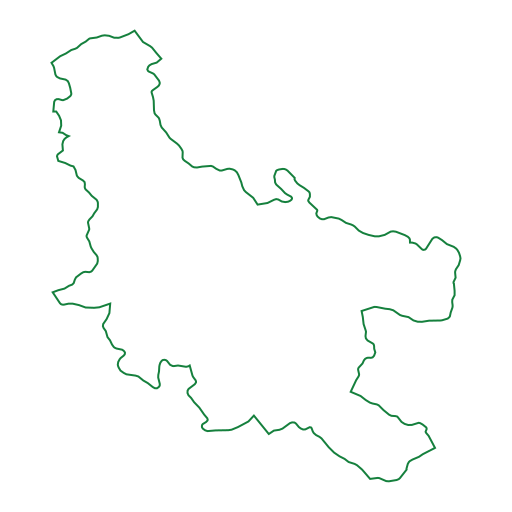 an SVG outline of Nišavski
{"feature_id": "SRB-830", "entity_name": "Nišavski", "entity_type": "District", "adm_level": 1, "iso_a3": "SRB", "parent_name": "Republic of Serbia", "parent_adm1": "", "projection": "equal_earth", "projection_center": [21.87, 43.429], "detail": "fine", "context": "isolated", "style": "outline", "palette": "green", "viewbox_px": 512, "rotation_deg": 0, "n_neighbors": 0, "source": "natural_earth", "source_scale": "10m", "svg_char_len": 5955}
<svg xmlns="http://www.w3.org/2000/svg" viewBox="0 0 512 512"><path d="M63.7,304.7L62.2,304.6L60.9,304.1L59.9,303.1L52.7,292.3L58.3,290.2L64.5,288.6L69.0,285.8L72.2,284.6L73.7,283.1L74.9,279.5L76.1,277.3L81.1,273.5L83.3,272.2L85.3,271.8L89.3,272.2L91.1,271.6L92.2,270.7L97.2,263.6L97.8,261.0L97.7,258.2L97.5,256.9L96.5,255.1L93.8,252.0L91.5,248.3L90.7,246.5L89.3,241.4L87.1,237.8L86.6,236.7L86.6,235.5L89.2,229.6L89.2,228.4L88.0,222.6L88.2,221.4L89.4,219.5L92.5,216.3L94.2,213.3L97.2,209.3L97.9,207.0L97.9,202.9L97.6,201.6L96.6,199.8L91.7,195.8L89.0,192.5L85.6,189.4L85.0,188.3L84.7,187.1L84.9,184.2L84.6,182.1L83.0,180.5L78.7,177.9L77.3,176.3L76.8,175.4L75.5,170.0L73.5,166.4L70.5,165.6L65.2,163.0L58.3,160.9L57.0,156.3L57.3,155.2L57.9,154.3L62.9,150.5L62.4,144.3L63.2,141.0L64.6,138.9L66.4,137.4L68.7,136.1L66.1,135.1L62.6,132.8L59.0,132.3L61.2,125.7L61.0,120.4L59.1,115.8L56.2,111.5L53.3,111.5L54.2,101.8L55.0,100.2L56.6,99.2L58.6,99.1L62.1,100.1L63.4,100.1L67.1,98.6L70.3,96.1L71.2,94.6L71.3,93.4L70.2,87.8L68.9,83.3L67.8,81.1L65.6,79.6L59.9,78.4L57.2,77.0L56.4,76.3L55.4,74.5L54.1,67.9L53.5,66.2L51.5,62.8L60.2,56.2L65.9,53.5L71.3,50.0L75.1,48.8L77.0,47.9L81.2,44.1L85.7,41.6L89.1,38.8L90.0,38.4L96.8,37.5L101.9,35.7L104.7,35.3L109.1,35.8L114.1,37.7L118.5,37.8L119.9,37.5L128.5,34.2L134.6,30.7L143.0,42.0L150.2,46.2L152.1,47.7L156.2,52.8L161.3,58.7L156.7,62.6L151.6,64.1L149.4,65.4L148.2,66.8L147.3,69.4L148.0,70.9L148.7,71.5L152.9,73.4L154.2,74.3L159.0,80.6L159.7,82.5L159.7,83.7L158.9,85.5L157.4,86.9L152.9,90.1L152.0,90.9L151.6,91.7L151.6,92.5L153.0,97.1L153.7,100.7L154.0,110.3L154.6,113.3L155.4,114.5L158.6,117.7L159.1,118.6L159.8,120.8L160.5,124.9L161.7,127.5L166.2,132.5L169.5,137.7L170.6,138.8L177.0,143.6L179.0,145.5L181.3,148.7L182.5,150.9L182.7,152.2L182.5,157.7L183.2,159.4L184.7,160.8L188.7,163.5L192.2,166.5L194.1,167.3L197.0,167.5L202.1,166.6L211.0,165.9L212.9,166.5L216.2,168.8L219.7,170.5L221.9,170.5L227.3,168.9L229.5,168.7L232.7,169.4L234.7,170.3L236.9,172.3L238.4,175.1L241.3,182.4L242.3,186.3L244.1,190.2L245.9,192.1L253.2,197.8L257.6,204.6L267.5,203.0L274.0,199.8L276.2,199.1L278.3,199.5L281.8,201.5L285.3,202.1L288.1,201.7L289.9,200.9L291.4,199.8L292.0,198.7L292.0,198.0L291.2,196.7L287.2,194.6L285.0,193.1L281.3,189.1L276.5,184.8L275.9,184.0L275.1,182.4L274.9,179.6L274.3,177.2L274.3,176.0L276.2,170.8L277.2,170.1L279.0,169.5L282.7,168.9L284.3,169.0L285.8,169.5L287.5,170.6L294.7,177.9L294.5,179.2L295.1,180.6L297.3,183.4L299.6,185.2L304.0,187.9L308.6,191.4L309.5,192.4L309.9,194.0L309.9,196.8L308.4,199.7L308.2,200.8L309.3,202.5L317.1,209.8L317.3,210.7L316.3,213.4L316.7,215.2L317.6,216.6L319.9,218.5L321.9,219.2L324.1,219.2L328.5,217.5L331.3,217.1L338.8,218.6L341.6,220.0L346.0,222.9L351.1,224.5L352.9,225.3L354.7,226.5L358.8,230.6L363.0,233.0L368.6,234.9L374.7,236.3L379.0,236.3L384.7,234.9L390.7,231.6L393.1,231.3L395.9,231.7L404.8,235.1L407.9,236.8L409.4,238.3L409.9,239.5L410.0,242.6L412.2,242.6L415.5,243.5L416.9,244.4L422.0,249.3L423.2,249.9L425.0,249.6L426.0,248.8L432.3,238.9L433.8,237.7L434.8,237.3L436.8,237.2L438.2,237.7L442.0,240.1L446.9,244.1L453.7,246.8L456.2,248.6L457.4,250.0L459.0,252.8L460.1,256.2L460.5,258.4L460.1,260.5L458.7,265.1L455.9,269.3L455.2,271.3L455.1,272.6L455.6,277.7L453.5,282.1L453.6,283.3L453.9,283.6L454.6,290.9L454.6,295.2L452.3,299.7L452.2,302.1L452.6,305.2L452.6,306.5L452.4,307.7L450.7,312.5L449.9,316.3L449.3,317.2L447.7,318.6L442.0,320.3L440.3,320.5L429.0,320.7L422.0,321.8L417.6,321.7L413.4,320.4L408.5,317.1L402.2,315.8L400.0,315.0L393.3,310.3L389.7,309.2L385.2,308.7L376.6,307.0L374.3,306.9L361.6,311.0L362.8,317.0L363.6,324.1L365.7,330.5L366.0,331.8L365.5,336.1L365.9,338.4L367.6,340.5L372.8,343.5L373.7,344.4L374.1,346.0L374.2,348.8L375.3,352.4L374.1,355.7L372.6,357.4L371.0,357.8L368.0,357.7L366.7,358.0L365.2,358.8L363.9,360.4L362.5,363.5L358.7,367.6L358.2,368.6L358.1,369.7L359.1,374.2L359.0,375.3L358.5,376.5L356.2,380.1L350.7,391.8L360.6,396.0L365.7,400.0L369.9,402.6L372.5,403.5L376.8,404.4L378.7,405.3L383.5,410.1L389.1,414.7L391.4,415.8L395.4,416.1L397.1,416.5L397.9,417.3L401.5,421.9L404.6,423.9L408.2,425.0L411.9,424.9L418.7,422.8L420.1,423.1L422.6,424.5L426.1,427.3L426.6,428.2L426.6,429.2L425.6,431.7L425.7,432.1L426.2,433.0L428.6,435.8L435.0,447.9L422.8,454.2L419.0,456.8L412.4,459.6L409.7,461.2L408.9,462.0L407.8,463.9L406.5,468.6L406.6,469.6L400.0,478.0L398.8,479.1L396.7,480.0L388.9,481.3L386.2,481.1L379.3,478.1L377.8,477.9L370.1,478.9L362.1,469.6L357.0,465.2L354.6,463.9L348.6,462.0L344.6,458.9L339.5,456.3L334.1,452.6L328.7,447.2L321.5,438.4L319.4,436.8L316.1,435.1L313.8,433.1L312.8,431.5L311.6,428.2L311.1,427.5L309.7,427.2L305.3,429.4L303.1,429.5L300.8,428.5L298.9,427.1L296.1,423.7L295.1,422.9L294.3,422.5L292.1,422.4L290.0,423.1L282.5,428.6L279.4,429.8L273.9,430.6L268.8,434.0L253.9,415.6L248.4,421.5L237.9,427.1L231.6,429.7L228.3,430.2L215.8,430.4L207.5,431.1L205.1,430.3L202.8,428.6L202.0,427.3L201.9,426.1L202.1,425.0L202.7,424.1L206.1,422.0L207.5,420.5L207.7,419.8L207.3,418.3L204.1,414.5L199.3,407.6L194.1,402.2L191.1,397.9L188.5,395.3L187.5,393.0L187.6,390.6L188.6,388.9L194.8,384.2L196.0,382.4L196.0,381.4L195.6,380.3L193.3,377.2L192.5,375.7L189.7,365.5L188.4,366.3L186.1,366.8L178.0,365.5L173.9,366.1L172.6,366.0L170.1,364.8L167.1,361.0L166.0,360.2L164.6,359.8L162.9,360.0L161.8,360.7L160.4,362.6L159.6,364.9L159.3,366.5L159.0,371.5L158.3,374.9L158.2,377.5L159.8,384.0L159.7,385.7L158.7,387.1L156.9,388.3L154.8,388.2L152.7,387.0L147.8,383.1L143.3,380.5L138.4,376.5L135.5,375.6L126.4,374.3L123.7,372.9L120.5,370.6L118.7,367.6L118.0,365.8L117.8,364.6L118.2,362.0L119.7,359.2L120.7,358.0L123.6,355.7L124.7,354.4L125.0,352.8L124.5,351.7L123.6,350.7L122.1,349.7L116.4,348.5L114.5,347.6L113.7,346.9L112.0,344.5L110.0,340.3L107.5,337.1L105.8,331.1L103.6,328.0L102.9,326.2L103.2,324.0L106.6,319.1L109.4,313.1L110.2,303.6L99.3,307.3L94.1,307.8L85.6,307.5L79.0,305.1L72.8,303.7L68.4,303.7L63.7,304.7Z" fill="none" stroke="#15803d" stroke-width="2"/></svg>